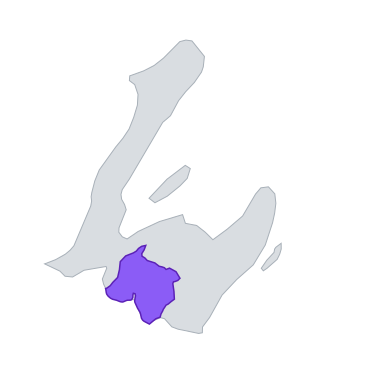 where Centre sits in Haiti, rotated 114°
{"feature_id": "HTI-1385", "entity_name": "Centre", "entity_type": "Department", "adm_level": 1, "iso_a3": "HTI", "parent_name": "Haiti", "parent_adm1": "", "projection": "albers", "projection_center": [-71.937, 19.008], "detail": "fine", "context": "in_parent", "style": "filled", "palette": "violet", "viewbox_px": 384, "rotation_deg": 114, "n_neighbors": 0, "source": "natural_earth", "source_scale": "10m", "svg_char_len": 2470}
<svg xmlns="http://www.w3.org/2000/svg" viewBox="0 0 384 384"><g transform="rotate(114 192 192)"><path d="M316.4,125.3L318.5,128.4L323.0,149.0L323.4,155.6L318.9,165.6L319.6,169.6L329.2,178.8L329.4,182.1L328.3,185.5L320.1,194.2L313.8,200.3L315.8,207.1L320.9,213.6L321.5,219.1L320.0,226.3L312.1,235.3L308.0,238.5L296.3,238.9L295.0,240.2L300.8,248.9L307.4,258.8L318.2,266.5L320.6,273.7L318.0,280.5L317.6,297.4L309.4,289.2L300.3,282.4L294.8,279.7L289.2,278.0L246.0,278.8L241.1,280.0L237.4,282.2L233.3,283.3L221.4,285.3L209.6,285.7L182.0,280.0L171.1,277.0L160.1,275.1L147.5,275.6L134.9,277.2L124.8,281.0L117.2,288.0L115.7,294.5L111.2,296.1L101.2,285.6L91.9,278.1L81.3,272.5L59.6,264.3L55.7,259.4L54.0,253.5L63.1,235.8L73.1,232.6L78.6,232.1L91.0,234.4L103.0,238.6L114.0,241.4L131.1,242.7L140.3,247.1L205.8,254.5L218.2,256.7L223.1,255.9L227.3,253.3L230.9,248.5L235.0,244.9L254.4,244.1L258.5,242.5L261.3,237.5L261.3,232.2L249.9,225.1L232.1,209.6L216.5,191.4L223.3,185.3L220.7,174.1L223.3,163.7L227.1,153.5L211.6,144.7L193.4,136.0L168.0,133.1L160.2,130.8L156.2,124.3L160.0,115.6L168.2,110.8L177.7,107.9L187.3,105.9L210.6,103.5L233.7,106.4L253.6,115.5L273.9,122.6L299.5,124.9L311.0,127.5L316.4,125.3ZM216.9,221.5L215.2,228.7L190.4,220.0L170.4,209.0L171.3,203.1L181.5,201.9L191.4,205.5L205.9,212.9L216.9,221.5ZM231.1,92.4L235.0,94.8L233.5,97.7L223.8,95.9L213.8,92.5L210.5,93.3L208.4,92.9L202.6,89.7L207.8,87.3L213.1,86.6L218.9,86.8L231.1,92.4Z" fill="#d9dde1" stroke="#a8b0b8" stroke-width="1"/><path d="M319.3,170.2L322.5,173.5L328.8,176.6L330.0,177.2L329.6,183.3L329.1,185.0L327.9,186.8L324.6,189.2L323.1,190.5L320.2,194.6L316.0,199.3L314.8,200.1L309.8,201.4L308.1,202.6L308.4,204.4L310.1,204.1L312.5,203.2L314.8,203.3L315.7,204.0L317.1,206.9L318.0,208.0L320.2,210.0L320.9,211.0L321.4,212.9L321.6,217.0L322.3,221.0L322.2,223.0L321.7,224.9L321.1,226.6L319.9,228.5L318.5,229.6L315.9,231.2L315.3,231.7L315.2,231.6L314.6,230.8L310.9,228.6L306.8,227.6L303.6,226.4L300.3,225.2L292.5,226.7L284.8,229.2L277.4,226.6L271.5,220.8L268.6,218.8L265.3,217.9L262.1,215.9L259.6,212.5L264.2,212.2L268.8,212.8L271.0,211.5L271.4,208.3L272.8,205.0L272.5,202.3L271.9,197.1L273.2,191.9L272.6,188.9L272.4,186.4L273.3,184.2L270.7,181.6L271.3,174.2L275.7,167.9L278.6,169.0L280.7,171.1L281.6,172.4L283.4,172.3L290.1,168.1L297.1,164.5L300.6,166.5L304.1,168.2L305.9,169.7L308.6,170.1L310.8,170.5L312.6,170.4L316.0,170.7L319.3,170.2L319.3,170.2Z" fill="#8b5cf6" stroke="#5b21b6" stroke-width="1.5"/></g></svg>